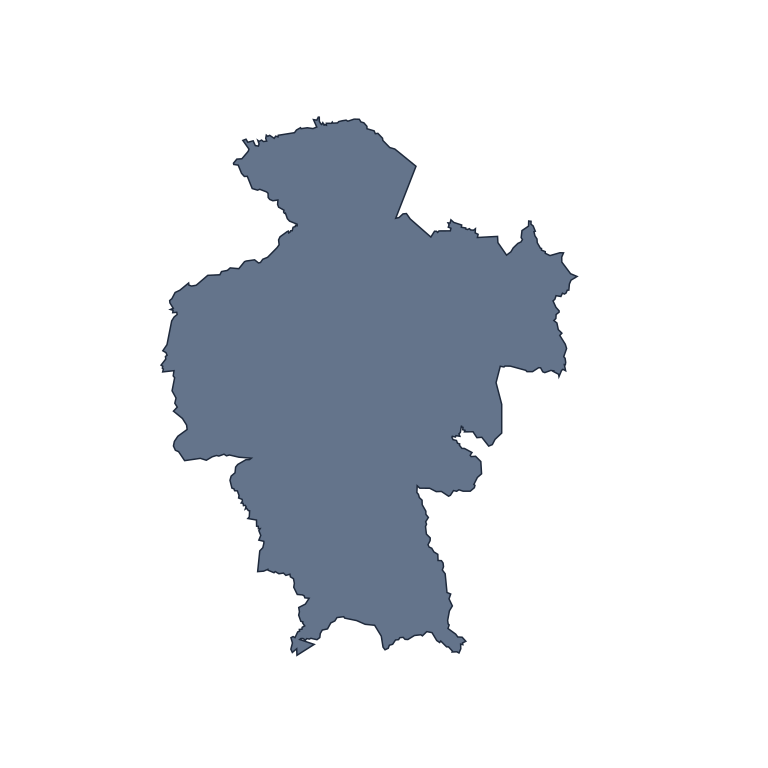 the district of Casimiro Castillo, Jalisco, Mexico, rotated 159°
{"feature_id": "50627088B6848821284294", "entity_name": "Casimiro Castillo", "entity_type": "district", "adm_level": 2, "iso_a3": "MEX", "parent_name": "Mexico", "parent_adm1": "Jalisco", "projection": "orthographic", "projection_center": [-104.478, 19.614], "detail": "fine", "context": "isolated", "style": "filled", "palette": "slate", "viewbox_px": 768, "rotation_deg": 159, "n_neighbors": 0, "source": "geoboundaries", "source_scale": "gbopen_adm2", "svg_char_len": 6159}
<svg xmlns="http://www.w3.org/2000/svg" viewBox="0 0 768 768"><g transform="rotate(159 384 384)"><path d="M410.4,106.0L407.2,109.3L405.7,113.7L403.8,112.4L403.5,114.1L399.8,114.5L401.8,119.6L405.8,121.4L406.7,124.8L411.9,132.8L409.5,135.7L410.1,137.0L409.3,140.5L404.2,148.8L399.7,152.3L400.3,160.1L397.0,164.0L399.9,166.8L394.9,184.9L396.2,189.5L393.9,192.1L393.0,195.7L393.7,198.5L396.8,199.9L394.8,205.7L397.6,209.4L398.3,213.6L400.3,215.6L400.5,218.2L397.1,221.2L396.0,223.7L398.2,228.7L396.3,236.1L394.5,237.9L394.5,240.4L390.4,243.5L391.6,247.3L390.5,250.3L391.6,257.6L390.1,261.9L391.7,265.3L391.4,268.7L392.2,270.9L389.5,277.1L387.9,273.9L378.7,270.3L373.8,264.8L368.9,263.1L363.9,256.1L361.9,256.3L357.3,259.6L354.6,257.8L352.0,258.4L348.6,255.6L341.9,253.0L336.8,254.8L335.4,256.8L336.1,258.0L330.3,263.3L325.1,265.2L321.4,276.9L324.4,283.7L328.7,285.0L329.1,286.6L326.4,288.5L332.0,295.0L334.4,296.0L335.5,299.8L334.8,300.9L336.6,302.4L336.6,305.3L339.5,307.3L339.7,309.9L339.0,310.7L336.3,308.9L335.3,310.0L331.9,308.0L331.9,310.6L330.1,311.4L326.6,317.4L326.9,316.0L325.8,315.2L326.9,313.1L325.0,311.7L326.1,310.5L318.0,307.5L316.5,300.6L311.8,299.2L308.5,288.5L304.6,288.6L300.2,292.5L291.7,296.0L281.4,322.8L278.9,345.1L269.1,358.9L265.9,356.9L264.6,357.4L259.6,355.4L246.8,346.0L246.1,344.3L240.9,342.3L233.8,343.8L232.0,343.0L231.4,338.5L229.8,337.0L223.4,336.9L221.0,335.5L221.6,335.2L217.5,330.5L218.0,328.2L213.4,333.0L211.7,333.6L209.7,331.3L208.7,337.5L207.8,337.0L206.6,339.1L205.7,343.1L206.4,345.1L200.8,351.7L200.5,356.2L202.5,366.4L199.7,367.7L201.8,372.3L200.7,379.0L202.7,382.4L200.1,383.5L198.4,387.2L194.8,388.3L194.3,389.5L196.0,394.0L196.4,401.0L194.2,401.8L191.7,404.8L187.5,402.3L184.9,404.8L183.3,403.3L181.4,403.7L179.3,405.9L177.8,405.4L175.1,410.9L172.2,413.9L165.2,415.2L170.3,420.1L174.3,434.1L172.6,438.8L169.4,442.1L172.7,443.5L183.0,444.4L186.6,448.2L186.0,449.8L189.0,452.5L188.4,454.1L189.3,454.7L190.3,461.0L189.2,464.6L190.0,468.3L189.4,472.5L188.0,472.4L188.1,478.1L189.5,480.5L188.4,483.2L190.5,484.3L192.5,479.6L200.2,477.8L203.5,471.5L203.0,469.2L205.3,467.5L208.6,467.3L214.5,464.8L218.2,461.9L223.4,460.4L227.0,475.2L225.1,481.1L244.3,487.3L242.5,490.0L244.7,492.4L243.0,496.2L245.3,495.5L247.9,496.8L248.6,498.4L250.7,498.3L252.2,499.5L251.8,500.4L255.6,502.6L254.5,504.6L260.9,509.8L262.7,513.3L264.6,510.6L266.5,511.5L266.2,509.3L267.8,507.4L265.7,505.4L267.2,503.2L277.8,507.2L279.6,506.3L280.3,507.8L282.1,508.5L287.6,504.4L300.4,528.7L302.0,535.1L305.3,536.0L310.3,534.0L313.7,534.5L276.1,575.8L289.7,599.5L293.9,602.7L297.8,611.8L297.3,614.0L299.9,620.2L302.4,620.8L302.5,623.9L308.4,628.4L307.6,630.7L309.2,635.1L311.6,636.9L312.2,640.0L317.0,642.0L323.6,642.3L324.8,643.9L328.5,644.7L332.2,645.2L333.8,644.4L338.2,645.8L338.4,647.1L339.7,646.2L344.4,648.1L345.0,646.2L346.7,647.8L347.1,646.5L347.5,649.9L349.2,648.6L349.8,649.6L350.2,652.5L348.8,656.3L349.7,656.7L352.2,654.4L355.1,656.1L354.7,648.0L358.7,647.9L363.8,650.7L369.9,652.1L370.1,653.2L374.7,652.5L377.5,650.7L393.6,654.1L394.4,652.7L396.3,654.2L398.5,652.7L401.6,657.1L403.8,656.9L404.7,658.5L406.4,655.7L406.5,652.8L409.7,653.6L410.9,655.6L413.7,655.3L414.5,656.6L414.6,652.9L416.0,651.1L418.7,652.7L419.0,657.9L424.5,658.5L425.1,662.0L428.5,662.0L425.9,651.7L427.4,649.9L436.0,645.2L440.8,646.7L445.4,644.1L445.6,642.8L441.7,640.6L441.5,631.7L440.0,627.8L437.2,626.9L437.0,613.7L432.6,610.3L430.2,610.3L424.8,605.4L423.9,603.6L425.3,599.6L424.5,597.2L422.1,594.9L417.1,593.8L419.0,589.7L419.0,586.8L415.1,582.1L416.1,580.6L415.8,579.0L414.8,578.9L415.0,573.0L413.8,569.9L407.8,564.3L408.3,562.9L409.8,563.8L410.2,562.8L412.7,562.9L414.8,560.0L416.2,560.5L417.5,559.4L418.8,559.2L418.5,561.0L419.7,561.0L428.3,558.7L430.8,556.3L432.0,551.6L435.0,549.6L447.3,544.0L452.5,543.9L455.8,541.7L457.8,542.0L460.3,546.3L468.6,548.2L470.4,548.2L478.2,543.7L486.0,547.5L489.5,546.2L495.4,547.2L498.1,544.8L509.6,548.6L523.9,543.5L528.6,544.4L530.7,546.2L530.2,548.3L541.0,544.7L546.2,544.3L551.4,539.7L554.2,538.7L554.8,536.4L553.6,530.2L556.7,530.1L554.5,528.4L555.7,526.3L551.8,525.2L552.2,523.0L555.9,521.8L559.6,519.0L572.5,498.5L578.6,494.3L576.3,491.4L576.2,488.6L578.2,488.0L578.8,485.5L585.4,481.5L584.2,479.9L585.3,478.1L584.6,477.0L586.3,474.6L575.3,471.7L577.9,467.1L577.2,464.9L584.3,453.6L583.2,445.4L586.2,441.0L585.3,436.5L590.3,434.1L584.5,424.0L583.0,416.4L584.1,412.1L595.2,409.1L600.3,405.5L602.8,401.6L602.5,396.9L600.0,394.4L597.6,383.9L582.1,380.4L577.2,376.5L570.4,377.6L566.0,377.3L564.0,375.9L558.5,375.8L556.8,373.4L553.7,373.1L545.6,367.6L534.4,362.3L536.6,361.6L540.0,362.8L549.4,361.3L552.3,359.6L554.9,354.5L559.7,352.8L562.3,349.3L563.3,341.3L561.7,340.0L561.7,337.9L559.2,336.8L559.3,331.9L560.6,329.7L557.8,327.1L558.1,325.4L560.0,324.1L558.3,323.1L558.8,320.8L557.1,320.5L556.7,319.0L558.3,317.0L556.9,317.3L556.0,314.4L554.9,313.8L557.4,308.2L559.3,307.2L551.8,302.7L553.9,296.9L552.4,296.2L553.1,293.9L551.4,293.4L553.4,291.9L553.3,286.8L556.8,283.1L552.6,280.2L553.1,278.6L555.8,274.6L559.8,272.7L569.2,254.1L563.4,252.4L558.8,252.6L559.0,251.7L554.3,247.2L552.8,247.9L550.1,244.5L545.6,243.5L544.2,240.5L540.0,240.1L540.5,237.5L538.3,234.7L539.1,230.1L541.1,226.6L540.4,218.6L535.8,216.4L534.5,214.9L534.5,212.7L530.7,210.8L536.3,206.7L543.7,205.9L544.6,201.6L546.5,198.8L546.7,192.3L545.0,190.9L545.6,190.0L544.7,186.6L547.6,186.2L548.5,184.5L551.0,185.2L551.4,183.5L553.4,183.5L558.0,179.1L559.4,180.8L561.8,180.5L562.3,175.0L566.0,169.8L565.8,166.2L560.4,168.1L562.5,161.9L542.5,165.9L554.3,175.7L552.9,176.2L550.9,175.5L549.1,173.0L547.3,174.0L545.1,172.6L543.4,172.8L538.2,169.3L534.8,170.3L532.9,173.9L529.8,176.4L524.5,175.6L519.3,180.0L514.8,180.4L511.6,182.8L505.0,181.2L504.6,179.5L494.4,173.0L487.7,166.4L479.2,162.1L476.9,149.6L479.2,138.7L478.3,135.5L474.7,135.8L472.6,138.2L469.2,137.9L465.0,140.9L462.0,140.1L460.1,141.5L456.9,140.6L455.9,138.1L453.3,136.9L445.7,138.3L439.5,136.7L438.4,135.1L432.8,137.5L428.3,134.7L426.7,125.6L424.7,122.7L423.1,123.7L419.8,116.2L418.0,115.5L415.9,110.2L416.5,109.4L412.0,107.9L410.4,106.0Z" fill="#64748b" stroke="#1e293b" stroke-width="1.5"/></g></svg>